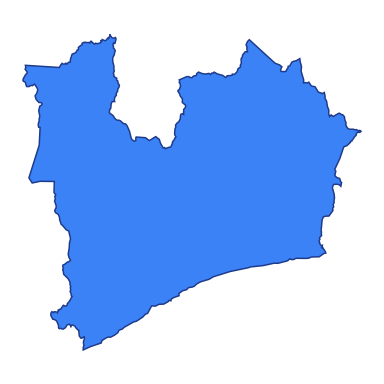 Gbokle, Bas-Sassandra, Ivory Coast
{"feature_id": "98640826B37905317988050", "entity_name": "Gbokle", "entity_type": "district", "adm_level": 2, "iso_a3": "CIV", "parent_name": "Ivory Coast", "parent_adm1": "Bas-Sassandra", "projection": "equal_earth", "projection_center": [-6.009, 5.243], "detail": "fine", "context": "isolated", "style": "filled", "palette": "blue", "viewbox_px": 384, "rotation_deg": 0, "n_neighbors": 0, "source": "geoboundaries", "source_scale": "gbopen_adm2", "svg_char_len": 5768}
<svg xmlns="http://www.w3.org/2000/svg" viewBox="0 0 384 384"><path d="M179.2,79.9L179.7,81.0L179.2,82.6L180.2,83.7L180.5,86.2L179.3,89.5L178.0,90.4L177.9,91.3L179.2,93.1L180.3,96.1L182.4,98.9L182.3,102.5L185.0,104.7L185.7,105.8L185.6,106.4L185.2,107.7L183.7,109.4L183.6,114.3L182.8,113.6L181.0,114.2L180.5,115.4L180.3,118.7L178.9,121.6L177.1,123.0L175.6,125.0L175.7,127.4L175.0,128.9L174.6,133.4L174.8,134.8L175.9,136.9L174.6,138.5L174.4,139.6L172.6,141.6L172.4,143.2L170.8,147.0L168.1,147.5L165.6,148.7L164.6,147.5L163.2,148.1L160.4,143.0L159.3,139.4L155.7,136.6L149.3,140.6L145.5,137.7L136.2,137.0L135.8,137.9L135.9,140.3L134.4,141.3L132.0,139.6L131.2,138.2L129.5,131.3L127.2,126.0L126.3,124.7L125.5,123.9L123.6,123.7L120.5,120.9L119.0,120.2L117.3,120.2L116.2,119.7L115.0,118.6L112.9,115.4L109.4,112.9L109.6,109.5L110.4,109.1L110.8,107.9L111.2,103.5L112.3,101.6L114.7,101.6L114.3,100.6L114.7,97.5L116.4,95.2L116.2,93.5L117.6,91.3L117.9,88.9L118.9,87.4L119.4,85.3L117.9,82.7L117.9,81.2L116.5,79.8L116.8,78.3L113.8,76.4L114.0,75.2L113.4,73.1L114.3,70.9L113.8,68.7L114.0,67.4L113.8,65.5L112.8,61.8L112.7,57.7L114.4,54.6L114.6,52.4L115.3,51.0L114.4,49.0L113.4,48.1L113.5,46.6L112.9,44.9L113.5,43.1L114.3,43.6L115.1,43.1L116.0,39.0L115.5,37.5L113.6,38.2L112.1,37.8L110.5,35.8L109.8,34.1L109.8,36.1L109.2,36.9L109.1,37.8L108.4,37.9L108.3,38.5L107.7,38.1L106.2,40.2L104.9,40.7L102.2,39.5L102.0,40.9L100.8,40.7L101.0,42.2L100.7,42.7L97.3,43.7L95.6,43.2L94.4,44.2L92.4,42.4L91.8,42.4L91.6,41.4L91.1,41.3L90.7,41.3L89.7,43.0L88.9,42.5L86.6,42.6L85.0,42.1L84.2,42.8L83.5,42.5L82.6,42.9L82.1,43.3L82.1,44.8L80.9,45.3L78.4,47.4L78.4,49.3L78.2,49.8L77.4,49.9L75.7,52.7L72.1,54.2L70.5,59.1L70.1,62.2L68.5,62.3L66.7,64.2L65.8,63.2L64.3,64.2L63.0,64.0L62.1,63.3L60.5,65.3L59.4,67.5L25.4,65.3L25.8,67.4L25.1,69.2L27.0,71.7L27.2,72.8L25.2,75.2L23.1,79.1L23.0,80.6L23.5,81.4L24.7,81.7L25.6,83.1L25.9,84.7L26.7,86.5L29.0,86.6L31.0,85.4L32.5,85.7L34.3,84.1L35.4,85.3L37.5,88.8L37.7,90.0L36.8,93.2L35.1,95.9L35.8,98.5L36.2,99.5L38.9,102.5L41.5,102.7L42.1,104.0L41.5,105.2L39.8,106.1L38.7,110.6L39.8,116.4L39.2,118.6L39.2,121.1L38.5,122.7L38.2,125.3L38.7,127.3L40.1,127.5L39.2,145.2L28.9,177.9L32.2,183.0L40.2,181.3L54.3,181.5L54.0,192.6L55.7,194.6L54.8,196.5L55.3,198.7L54.6,201.0L56.2,205.9L56.0,208.1L54.9,209.9L54.8,211.3L55.9,213.0L57.6,213.9L58.4,214.8L59.4,217.1L59.7,219.8L61.2,224.4L62.5,225.4L66.2,229.8L68.7,231.0L70.4,238.1L70.4,239.4L69.5,242.6L69.2,247.9L68.2,254.2L69.0,257.5L70.5,260.1L68.7,261.9L67.5,262.0L64.5,264.4L63.0,265.0L62.7,265.9L63.3,268.6L62.8,269.2L62.8,270.3L63.2,270.7L63.7,274.3L68.2,278.8L69.8,281.7L70.1,284.9L70.8,286.7L70.3,287.5L70.7,290.4L70.1,291.5L71.2,294.0L71.3,295.9L72.1,296.4L69.7,300.8L67.4,303.6L67.1,305.2L66.5,305.8L65.5,306.1L63.3,305.3L60.7,309.1L59.9,309.2L58.8,310.4L58.3,310.0L57.5,312.6L57.3,312.2L54.6,311.7L53.9,311.9L53.6,312.6L51.9,311.7L50.9,313.2L50.9,315.6L52.8,319.2L54.6,319.6L56.6,320.9L58.5,325.3L58.5,327.4L58.9,328.4L59.6,328.7L60.7,328.3L62.2,329.0L63.2,329.1L65.4,327.7L67.0,325.1L69.0,324.2L70.0,324.7L70.9,326.6L71.6,325.2L72.6,325.0L75.1,326.2L75.6,327.5L77.7,329.8L78.7,330.3L79.3,336.0L80.8,338.1L81.7,338.2L84.1,336.7L84.3,337.1L84.3,339.5L83.7,340.5L83.4,342.8L83.9,345.4L83.2,347.6L83.2,349.9L90.5,346.6L101.3,342.9L101.8,340.7L105.9,338.0L108.5,337.0L110.6,337.2L114.6,335.1L118.0,332.5L118.8,330.5L120.9,329.4L121.8,329.4L124.5,327.1L133.5,322.0L136.5,321.2L142.7,317.1L145.4,314.2L147.6,313.4L151.6,305.9L155.5,306.1L159.0,304.3L163.7,304.1L168.1,301.7L168.7,300.5L170.9,300.8L171.4,299.0L174.1,297.4L179.1,295.7L178.8,293.6L182.3,290.9L186.8,289.6L188.5,287.6L192.1,287.1L194.2,286.3L196.7,283.9L200.7,281.8L209.2,279.2L213.5,276.7L230.2,271.5L248.9,267.6L249.8,267.0L263.1,265.6L274.1,263.2L278.0,263.3L287.6,260.8L289.9,258.8L291.3,259.6L293.6,259.5L296.0,258.3L306.3,258.4L309.0,258.1L311.3,257.0L319.2,256.8L323.7,253.6L325.8,253.1L325.4,251.7L323.5,248.8L321.9,247.7L322.7,247.3L322.1,246.3L322.3,245.4L321.5,245.8L319.6,243.5L319.7,242.4L319.1,241.6L319.3,240.3L319.9,239.5L319.5,237.7L321.6,235.5L321.3,234.4L321.5,231.9L321.1,231.1L322.1,220.0L323.3,216.9L325.4,216.2L329.0,216.0L333.0,210.4L332.6,208.5L333.6,207.0L333.2,204.3L334.1,202.8L334.1,200.0L334.5,198.1L334.2,194.3L332.5,188.2L332.5,187.0L333.3,185.0L333.8,184.4L337.1,184.2L339.4,184.8L340.8,186.3L341.6,182.6L340.6,181.5L339.7,178.5L336.6,177.4L335.2,176.0L334.9,175.2L335.8,171.1L334.7,169.5L339.8,158.6L343.7,147.1L344.6,146.4L346.9,145.7L350.3,142.5L350.9,141.2L351.9,141.0L352.3,139.9L353.5,138.7L353.9,137.5L356.1,135.3L356.5,133.1L358.4,132.2L359.7,132.4L361.0,131.5L360.7,130.8L359.3,130.4L357.9,130.8L356.6,129.6L355.1,129.9L353.5,129.2L349.5,129.2L348.1,128.6L347.0,127.4L345.7,124.6L346.1,123.0L344.9,120.0L344.4,116.6L342.6,114.7L341.4,114.6L339.7,113.3L338.8,113.3L333.1,116.5L331.1,114.9L329.6,116.5L328.7,114.1L328.8,110.0L327.4,106.4L326.6,101.2L325.0,98.2L325.1,96.1L324.3,92.5L322.1,93.7L321.1,93.0L318.4,92.2L315.1,86.8L311.4,86.0L308.8,82.2L307.8,83.0L305.7,82.6L303.5,82.9L303.7,79.9L301.1,71.2L301.5,66.6L300.2,61.8L299.8,58.6L296.1,60.8L293.9,61.2L291.9,62.1L289.7,66.0L288.1,66.4L287.9,68.3L286.9,69.2L286.0,71.2L284.9,71.6L281.4,71.5L281.0,71.3L280.5,69.9L281.9,66.8L279.7,65.0L275.0,63.2L249.3,39.7L247.5,41.5L246.2,44.5L246.1,45.0L246.9,46.6L246.9,49.3L247.5,51.8L245.3,51.7L242.7,54.8L242.2,57.2L241.1,58.7L241.3,63.3L240.3,65.3L240.4,67.1L238.1,68.6L237.1,71.7L234.7,74.2L233.2,74.4L232.3,74.1L231.9,75.4L227.1,75.8L226.2,77.1L225.5,77.4L222.7,75.4L217.3,73.9L214.1,72.1L213.1,73.1L211.7,73.1L210.6,74.5L208.9,73.4L205.1,74.1L201.7,73.4L198.6,72.1L196.7,73.6L196.5,75.1L196.1,75.5L193.4,76.1L191.9,77.7L190.1,77.5L188.9,76.6L186.8,76.6L179.2,79.9Z" fill="#3b82f6" stroke="#1e3a8a" stroke-width="1.5"/></svg>